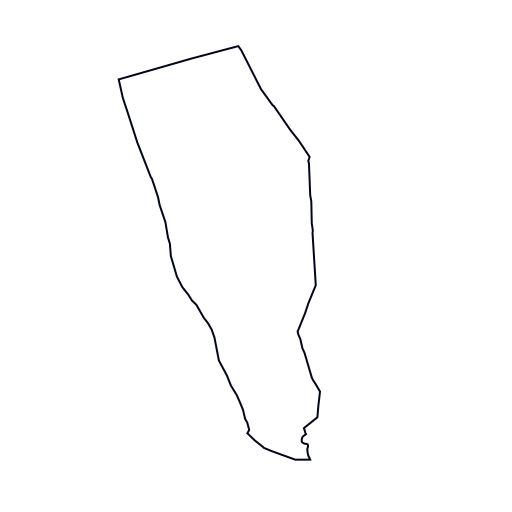 Tucurú, Alta Verapaz, Guatemala, rotated 72°
{"feature_id": "79465075B80923191364064", "entity_name": "Tucurú", "entity_type": "district", "adm_level": 2, "iso_a3": "GTM", "parent_name": "Guatemala", "parent_adm1": "Alta Verapaz", "projection": "natural_earth1", "projection_center": [-90.008, 15.309], "detail": "fine", "context": "isolated", "style": "outline", "palette": "ink", "viewbox_px": 512, "rotation_deg": 72, "n_neighbors": 0, "source": "geoboundaries", "source_scale": "gbopen_adm2", "svg_char_len": 1334}
<svg xmlns="http://www.w3.org/2000/svg" viewBox="0 0 512 512"><g transform="rotate(72 256 256)"><path d="M466.4,267.4L465.4,267.5L464.3,267.6L462.7,267.9L461.6,267.9L460.0,267.8L458.6,267.6L457.2,267.3L456.1,267.0L455.3,266.8L454.4,266.2L453.3,265.4L452.2,265.1L451.2,265.0L450.3,266.1L450.0,266.9L449.5,267.7L449.0,268.3L447.9,269.4L446.8,269.8L445.3,269.5L444.6,269.2L442.8,268.0L442.2,267.2L441.8,266.3L441.5,265.3L440.9,263.5L439.9,263.7L434.5,263.6L434.0,262.4L431.0,254.3L428.4,247.5L417.1,242.7L404.7,237.0L397.0,238.7L391.1,240.2L388.9,240.5L363.1,239.8L358.2,240.4L348.7,239.5L343.8,240.0L340.8,239.8L325.7,227.1L316.9,220.6L302.3,208.2L252.2,195.3L249.0,194.0L242.3,192.9L221.0,186.5L215.1,185.7L184.2,177.0L181.8,176.9L178.3,174.4L159.7,179.6L146.8,184.4L118.8,192.7L117.8,193.6L98.8,199.7L55.9,206.4L50.9,208.0L48.3,255.6L45.6,332.0L64.5,333.8L79.7,333.7L111.2,333.8L148.2,331.7L150.5,331.1L169.8,331.0L177.8,331.9L195.8,331.7L211.2,334.0L217.6,334.1L229.8,337.0L251.1,337.6L262.8,335.7L272.0,332.3L278.5,330.7L283.9,327.8L298.8,324.7L305.1,322.4L312.4,320.9L320.6,320.7L343.9,323.6L360.7,320.6L371.5,319.9L382.3,317.3L390.2,316.5L398.4,315.9L407.5,316.7L411.9,315.8L419.3,316.2L421.9,319.0L431.1,314.1L439.7,308.4L440.9,307.8L446.4,301.4L461.9,281.5L466.4,267.4Z" fill="none" stroke="#020617" stroke-width="2"/></g></svg>